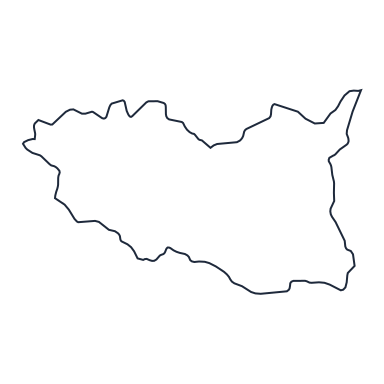 outline of Pardubický
{"feature_id": "CZE-10373", "entity_name": "Pardubický", "entity_type": "Region", "adm_level": 1, "iso_a3": "CZE", "parent_name": "Czechia", "parent_adm1": "", "projection": "mercator", "projection_center": [16.129, 49.893], "detail": "fine", "context": "isolated", "style": "outline", "palette": "slate", "viewbox_px": 384, "rotation_deg": 0, "n_neighbors": 0, "source": "natural_earth", "source_scale": "10m", "svg_char_len": 2854}
<svg xmlns="http://www.w3.org/2000/svg" viewBox="0 0 384 384"><path d="M297.9,111.7L305.5,118.7L314.8,123.5L323.7,122.9L330.5,113.5L335.4,110.0L338.1,106.2L340.5,101.5L344.5,95.5L349.5,91.2L353.8,90.6L358.3,90.9L361.0,90.2L352.6,111.6L347.0,130.3L346.7,133.9L348.1,137.6L348.4,138.8L348.6,141.1L348.2,142.5L347.6,143.7L346.6,144.7L339.8,149.5L335.3,154.4L334.0,155.3L333.2,155.6L329.4,157.8L328.7,159.7L328.8,161.3L330.3,163.9L331.0,165.5L331.4,167.2L332.3,174.9L333.9,181.4L334.1,183.5L333.9,192.8L334.2,201.0L330.6,208.7L330.3,211.4L330.8,214.3L332.0,216.8L335.6,222.1L344.7,240.8L345.3,246.5L346.1,248.4L347.2,249.6L350.8,251.0L353.0,254.3L354.6,265.9L347.8,273.0L347.3,275.4L346.7,282.3L345.4,287.4L343.2,289.7L340.8,290.3L329.7,284.6L324.5,282.8L319.0,282.3L311.6,282.8L309.5,282.6L306.8,281.3L305.1,280.8L293.3,280.9L291.4,281.7L290.3,283.2L290.0,286.0L289.6,288.3L288.9,289.7L286.9,291.3L260.7,293.8L255.4,293.4L251.1,292.0L242.0,286.2L234.3,283.3L231.9,281.6L230.3,279.4L228.9,276.8L226.9,274.4L224.1,271.9L215.8,266.4L209.3,263.1L204.8,261.8L199.1,261.5L194.3,262.0L191.9,261.4L190.3,260.2L189.6,258.7L188.9,257.0L187.4,255.4L184.9,254.0L179.8,252.9L176.5,251.8L173.5,250.3L170.4,248.1L168.9,247.5L167.6,247.5L166.7,248.4L166.2,249.2L165.1,252.0L164.3,253.3L163.3,254.1L160.8,255.0L159.8,255.6L156.4,259.5L154.2,260.8L152.1,260.9L149.7,260.2L146.7,258.9L144.8,259.1L143.2,259.9L137.6,258.4L134.1,251.3L131.1,247.2L127.5,244.3L121.8,241.5L120.9,240.7L120.4,239.5L119.9,236.1L119.1,234.5L117.9,233.2L114.9,231.2L108.9,229.8L98.9,221.9L95.0,220.9L78.2,222.2L76.9,221.5L74.5,218.9L68.8,209.6L64.6,204.6L55.0,198.2L55.3,195.5L56.2,191.9L57.3,188.7L57.8,186.7L58.1,184.8L58.2,177.9L58.4,176.5L58.6,175.5L59.2,174.2L59.7,172.5L59.4,170.8L57.3,168.3L55.7,167.0L54.2,166.2L51.2,165.4L49.5,164.1L41.4,156.3L39.9,155.3L32.4,152.9L27.2,149.5L25.6,147.9L23.0,143.8L24.1,142.1L28.2,140.1L32.7,139.0L34.7,139.1L35.1,135.6L35.2,134.3L35.1,133.2L34.3,129.3L34.0,127.5L34.0,125.7L34.3,124.6L34.8,123.5L38.4,120.0L50.6,124.6L52.3,124.5L65.8,111.8L70.0,109.7L73.4,109.4L82.0,113.7L85.3,113.7L92.0,111.7L93.2,112.1L102.2,118.2L103.9,118.6L105.3,118.1L106.4,116.8L109.3,107.4L110.3,105.2L111.7,103.6L122.7,100.3L123.8,100.8L124.7,102.0L126.7,110.9L128.3,114.5L129.1,115.7L130.0,116.6L131.0,116.9L132.2,116.2L146.3,102.4L148.4,101.3L157.6,101.2L163.7,103.0L164.9,103.9L165.6,105.2L165.8,107.1L165.9,114.1L166.3,116.3L167.3,118.1L169.1,119.4L181.8,122.0L183.1,123.0L184.8,126.5L187.0,129.7L189.6,132.1L192.1,133.5L194.0,133.9L194.9,134.7L198.4,139.1L199.4,139.8L201.9,140.4L210.5,147.8L213.7,145.4L217.1,144.0L236.9,142.2L239.9,140.6L241.2,139.3L242.3,137.8L243.2,135.9L244.2,131.6L245.1,130.1L246.4,129.0L269.2,118.1L270.5,116.4L271.0,114.3L271.3,109.6L271.8,107.5L272.4,105.9L273.3,104.7L274.5,104.1L297.9,111.7Z" fill="none" stroke="#1e293b" stroke-width="2"/></svg>